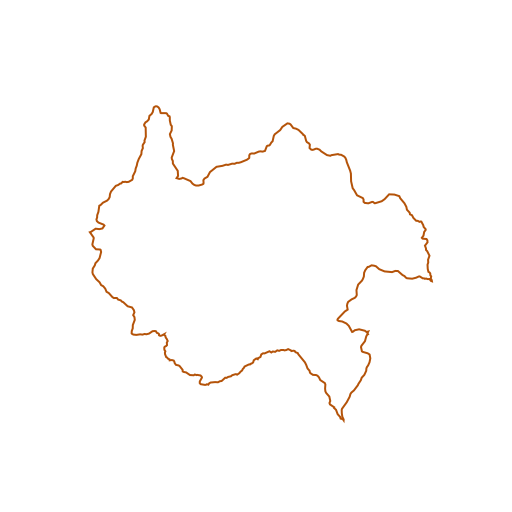 Santa Cruz, Cajamarca, Peru, rotated 223°
{"feature_id": "86281439B67227592108094", "entity_name": "Santa Cruz", "entity_type": "district", "adm_level": 2, "iso_a3": "PER", "parent_name": "Peru", "parent_adm1": "Cajamarca", "projection": "natural_earth1", "projection_center": [-79.012, -6.689], "detail": "fine", "context": "isolated", "style": "outline", "palette": "amber", "viewbox_px": 512, "rotation_deg": 223, "n_neighbors": 0, "source": "geoboundaries", "source_scale": "gbopen_adm2", "svg_char_len": 6139}
<svg xmlns="http://www.w3.org/2000/svg" viewBox="0 0 512 512"><g transform="rotate(223 256 256)"><path d="M110.1,357.5L111.0,358.2L112.8,358.7L114.0,360.6L115.3,360.8L116.7,362.1L117.9,362.3L119.1,362.0L121.6,363.7L124.6,366.6L125.6,368.7L127.6,370.6L129.3,374.5L134.1,376.3L135.8,376.4L136.9,377.5L139.5,378.8L139.9,383.0L141.3,384.3L142.9,384.7L146.0,382.3L147.1,382.4L147.4,385.1L149.4,388.3L149.7,390.8L150.2,391.3L153.2,391.6L154.7,392.6L158.5,393.9L159.0,393.7L159.7,392.5L161.7,392.0L162.9,391.0L166.9,391.2L169.7,392.2L171.8,391.5L173.2,392.5L177.2,392.8L179.6,394.5L183.4,395.8L189.9,396.6L192.0,397.5L196.7,395.3L200.7,391.9L200.7,385.3L201.4,381.8L204.7,376.1L205.2,375.5L207.3,375.3L208.0,374.7L209.8,371.1L212.7,369.0L214.3,369.0L215.9,370.7L217.4,371.2L223.5,369.3L229.2,371.1L231.5,371.5L237.4,375.5L242.8,381.0L245.3,382.6L253.5,386.5L255.8,388.0L257.8,388.8L259.4,388.9L262.7,388.1L264.4,386.8L265.5,386.5L269.6,381.2L270.0,380.0L272.9,378.2L279.7,377.0L282.0,377.1L284.6,376.1L285.5,375.1L286.4,373.1L287.3,371.9L288.4,371.4L290.5,371.5L292.5,374.1L293.9,374.5L296.5,374.0L298.0,374.5L302.1,377.1L303.4,377.1L304.0,376.8L304.7,377.1L310.9,377.2L313.6,376.4L316.0,375.0L320.4,375.8L321.7,375.6L323.5,374.4L324.8,368.4L324.2,364.6L325.3,357.8L324.9,356.0L322.1,351.2L322.2,349.5L321.6,346.7L321.8,345.7L322.7,344.7L323.0,343.7L321.1,339.0L322.3,336.9L324.2,335.5L325.2,334.2L327.2,329.7L329.0,328.2L329.6,327.2L329.9,326.4L329.6,325.1L327.9,323.2L327.8,322.7L328.3,320.2L331.0,314.3L332.1,312.5L333.6,311.1L334.5,308.9L336.4,307.3L338.6,303.5L340.2,302.4L342.0,299.1L345.7,294.3L346.9,286.0L345.5,280.8L346.5,277.5L346.2,275.6L344.1,273.6L343.7,272.8L344.2,271.4L346.1,268.3L348.0,266.6L349.6,265.9L351.8,265.6L355.0,266.1L361.5,263.8L363.0,263.1L363.3,262.0L364.7,260.0L367.2,258.8L367.6,261.4L371.3,264.9L379.8,266.9L381.7,268.8L383.6,269.5L384.8,270.5L387.4,276.9L392.6,280.6L393.6,281.8L397.7,284.2L399.8,284.8L402.1,286.4L403.3,290.3L405.7,293.1L406.3,293.6L407.8,293.8L411.4,296.3L413.8,298.8L414.6,299.2L415.7,298.6L418.3,299.4L419.1,299.2L422.9,295.7L423.4,295.6L426.5,297.6L428.5,298.2L430.2,298.0L431.3,297.3L431.8,296.3L432.1,295.0L429.7,290.9L429.2,288.7L429.5,285.8L427.5,282.7L427.5,280.1L428.0,278.4L427.5,275.9L426.7,275.1L424.3,274.7L417.9,268.1L416.3,264.4L415.1,263.3L414.6,260.2L414.0,259.2L412.3,257.7L411.3,254.8L409.3,252.3L407.9,247.0L406.4,243.3L404.8,240.7L403.7,238.0L402.1,235.6L400.5,230.3L399.0,228.7L398.5,227.3L399.7,223.4L400.9,221.9L402.3,221.1L403.1,220.0L404.1,219.3L404.1,217.1L404.8,216.2L405.2,214.0L406.4,211.7L406.0,204.3L405.0,201.7L403.2,199.3L402.6,197.1L402.7,194.9L404.3,190.6L404.4,187.4L404.9,185.9L401.3,180.7L400.0,177.6L398.4,175.7L397.7,174.0L396.2,173.0L394.0,173.0L388.9,175.0L387.6,174.9L387.1,171.4L388.9,168.8L391.9,166.6L393.2,161.0L393.7,160.1L387.4,158.8L386.7,158.2L383.6,152.9L382.3,152.1L377.6,151.8L374.5,154.4L373.8,154.5L372.0,153.3L369.0,147.8L368.5,145.0L368.5,141.2L367.5,139.2L366.8,135.5L364.5,132.5L363.0,131.5L357.1,130.1L352.5,130.1L349.4,129.1L347.1,129.7L344.0,129.3L340.9,127.9L338.4,128.5L333.0,128.0L331.3,128.3L329.1,130.4L327.1,130.1L324.7,131.3L322.9,131.2L321.6,131.7L315.6,131.7L311.6,133.8L308.4,133.1L306.5,131.9L305.5,129.0L303.2,128.4L301.1,126.6L299.0,121.5L296.8,119.0L295.7,116.4L294.2,114.6L293.6,114.5L292.1,114.9L289.7,116.7L287.3,119.7L285.4,121.1L284.3,123.0L282.8,124.0L281.3,126.3L280.4,130.4L279.1,131.9L278.0,132.7L276.1,132.2L274.5,132.8L273.6,132.7L272.8,131.9L272.1,132.1L271.4,132.5L270.7,133.6L269.8,136.3L269.6,135.5L267.9,135.8L266.4,134.8L264.8,134.5L262.6,133.6L262.2,131.9L260.3,130.1L260.3,129.0L260.9,127.3L260.5,126.3L259.0,124.9L257.3,124.5L256.7,123.2L255.6,122.2L252.7,120.8L251.9,121.1L250.2,120.9L248.8,121.4L248.0,120.8L246.6,122.5L244.9,123.4L243.8,123.1L242.4,122.2L240.3,121.8L237.9,123.2L236.8,123.4L232.1,122.7L230.9,121.6L229.8,121.9L227.7,123.2L223.1,123.9L220.2,126.3L219.9,127.6L218.3,128.3L218.0,128.9L215.1,130.8L213.4,130.7L212.6,130.2L211.6,126.0L210.5,124.7L209.1,124.5L205.6,126.8L204.8,127.6L204.4,128.8L203.1,129.4L203.4,131.0L202.9,132.5L199.9,135.9L197.7,137.7L197.0,139.8L195.9,141.1L195.5,146.0L194.4,146.8L193.9,148.6L192.3,150.9L192.1,152.6L190.5,155.4L190.0,156.0L188.9,156.3L188.3,158.8L188.4,160.8L188.1,162.8L188.6,164.3L188.6,166.2L189.0,167.3L187.3,171.7L186.4,172.6L186.5,173.4L185.9,174.2L185.5,176.2L186.5,178.2L186.0,181.0L185.5,181.7L184.8,181.5L184.3,181.7L184.7,182.8L183.9,185.2L185.0,187.6L184.5,189.6L183.3,190.6L181.2,195.5L179.0,195.9L178.6,197.6L176.6,199.0L176.1,201.5L174.4,202.4L173.6,204.3L171.8,206.0L170.8,206.4L169.7,207.9L169.0,209.8L166.0,210.8L165.3,210.6L164.0,212.3L163.0,212.9L161.5,212.6L159.2,213.5L158.1,213.0L147.7,211.6L145.0,210.6L141.6,208.9L138.6,208.6L137.3,207.7L136.4,207.4L133.3,207.9L130.9,209.9L129.4,210.4L127.2,210.2L124.4,209.1L119.0,210.0L117.6,209.3L115.0,206.1L112.9,204.3L111.3,203.7L106.5,203.2L102.8,200.6L102.0,198.6L100.7,197.9L95.6,198.7L95.3,198.1L92.6,198.1L88.4,196.0L84.8,195.7L83.2,194.8L81.2,195.9L79.9,195.6L80.4,196.2L83.2,197.3L86.0,199.5L88.3,201.8L88.9,202.9L89.9,210.9L91.5,216.9L92.8,219.4L93.1,221.1L92.7,224.5L93.4,231.0L93.9,232.4L94.6,236.6L95.7,239.1L95.7,242.9L97.1,247.2L98.6,249.1L99.1,250.3L99.4,252.5L100.5,255.7L102.6,259.1L105.7,261.4L106.5,261.3L108.0,261.0L112.5,258.7L113.5,258.5L117.1,261.0L117.7,262.3L118.2,268.0L120.5,272.3L121.0,274.1L120.7,275.2L121.8,275.5L122.4,277.3L123.3,275.8L125.4,275.6L130.6,272.7L133.1,269.1L133.5,266.6L133.9,266.0L140.5,268.2L143.8,268.3L148.3,266.9L151.0,265.0L152.5,264.6L153.0,265.0L153.3,265.9L153.2,276.0L152.4,279.3L155.6,281.7L156.7,283.5L157.3,285.3L156.5,289.5L155.2,292.8L155.2,294.7L155.7,296.2L159.3,299.6L161.8,304.8L161.7,310.3L162.2,312.2L163.1,314.5L165.5,317.5L166.4,320.1L166.9,324.1L166.2,324.8L165.1,328.0L163.1,329.4L161.3,330.3L156.9,330.4L151.5,332.4L145.5,337.0L144.0,340.0L142.0,341.8L135.8,342.0L133.7,342.6L131.7,342.4L130.4,342.7L126.3,345.9L124.1,349.3L123.0,352.0L122.4,352.7L118.8,353.4L117.8,354.3L116.9,354.5L116.3,355.5L114.8,356.1L113.4,357.5L111.1,357.1L110.1,357.5Z" fill="none" stroke="#b45309" stroke-width="2"/></g></svg>